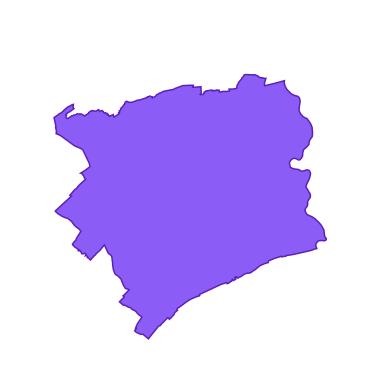 outline of Maciuca, Vâlcea, Romania, rotated 160°
{"feature_id": "2599482B93962739610645", "entity_name": "Maciuca", "entity_type": "district", "adm_level": 2, "iso_a3": "ROU", "parent_name": "Romania", "parent_adm1": "Vâlcea", "projection": "orthographic", "projection_center": [24.058, 44.753], "detail": "fine", "context": "isolated", "style": "filled", "palette": "violet", "viewbox_px": 384, "rotation_deg": 160, "n_neighbors": 0, "source": "geoboundaries", "source_scale": "gbopen_adm2", "svg_char_len": 5962}
<svg xmlns="http://www.w3.org/2000/svg" viewBox="0 0 384 384"><g transform="rotate(160 192 192)"><path d="M273.5,314.9L275.1,315.0L277.5,314.5L279.2,314.5L284.0,312.8L287.3,311.2L290.5,310.8L291.6,310.1L292.9,310.0L296.2,309.1L297.5,299.8L298.0,299.7L298.4,296.8L298.7,295.2L299.2,294.4L298.9,293.8L299.1,293.4L299.6,293.2L296.4,290.2L286.7,275.7L281.6,270.9L280.4,269.3L280.1,268.2L278.8,254.9L278.8,253.3L279.2,250.7L285.8,248.7L290.1,247.8L289.6,247.5L289.2,246.8L288.5,245.3L288.6,244.9L288.2,244.4L288.3,242.1L287.9,241.7L287.9,241.2L287.6,240.4L294.7,237.5L296.5,236.5L297.6,236.1L297.6,235.7L299.8,234.7L300.6,234.6L301.6,234.2L307.9,230.7L307.4,230.0L306.7,229.4L327.0,220.9L326.5,219.5L325.2,217.2L323.7,215.3L323.1,214.4L320.4,211.6L319.4,210.8L317.9,210.0L317.2,208.7L315.3,205.7L314.0,201.2L312.7,198.6L310.4,195.3L310.3,194.0L309.9,193.0L316.5,187.9L317.2,186.9L317.6,186.5L319.7,185.5L322.2,183.8L322.1,182.9L321.0,180.5L320.5,179.6L319.8,178.9L318.4,176.7L318.9,176.3L319.0,175.7L318.7,175.6L318.2,176.1L317.9,176.1L317.6,175.7L317.9,175.5L317.9,175.2L317.1,174.8L316.7,172.6L316.8,171.9L316.6,171.6L316.3,171.8L315.9,171.7L315.2,171.0L314.9,170.9L314.1,171.1L313.4,170.9L313.1,170.4L312.8,169.5L314.0,168.6L313.3,168.5L312.7,167.8L312.3,166.9L312.8,166.2L311.7,165.0L310.7,162.8L305.5,165.6L304.4,165.9L302.7,167.0L299.0,168.4L292.5,172.2L292.3,171.0L291.7,163.3L289.9,160.3L289.6,159.5L289.6,158.8L289.7,157.5L290.7,153.7L290.8,152.7L291.7,150.0L292.0,147.7L292.4,146.9L292.3,145.0L292.5,143.7L292.5,142.2L291.9,140.4L290.2,138.4L289.7,137.0L288.4,134.4L288.6,132.2L288.4,131.3L288.3,128.2L287.7,124.5L287.2,123.7L285.4,122.7L284.5,121.7L288.5,119.6L292.3,118.0L291.6,116.5L297.7,113.7L297.2,112.6L296.2,111.0L296.0,110.1L295.6,109.6L294.8,108.9L293.0,107.9L292.4,106.9L291.2,105.6L289.3,104.2L288.6,102.4L285.8,99.4L284.2,95.2L282.0,91.9L282.0,91.6L282.7,91.0L288.4,86.8L291.4,83.6L291.6,83.4L291.4,83.3L290.9,83.2L291.0,82.7L292.2,82.1L293.4,81.2L292.5,79.4L289.9,76.7L289.0,76.0L287.2,75.3L286.6,74.8L283.2,69.0L269.3,77.4L267.4,77.4L265.5,78.6L257.7,82.2L257.2,81.5L256.8,80.1L252.5,82.1L250.6,83.2L249.9,84.1L249.1,84.7L246.0,85.8L246.2,87.0L246.1,87.3L245.1,87.8L243.9,87.9L235.0,90.6L230.3,91.7L223.5,92.1L220.7,91.9L220.1,92.2L220.1,93.0L219.5,93.2L196.9,95.2L190.5,95.1L190.3,94.9L190.4,93.9L188.8,93.9L187.2,94.1L186.7,94.7L185.4,94.7L184.0,96.1L183.6,94.7L180.9,95.0L181.2,96.7L180.1,97.2L179.8,96.6L179.4,97.1L179.1,96.9L178.9,96.5L178.6,95.5L178.4,95.3L176.9,95.8L175.4,95.7L171.1,96.8L169.4,97.0L165.2,96.1L163.4,96.3L163.2,96.6L159.9,97.2L153.5,99.5L147.7,99.9L144.6,99.6L143.6,101.1L136.8,101.4L129.9,101.0L129.9,100.4L125.5,99.6L124.7,100.0L119.7,98.9L110.9,97.7L99.5,96.3L96.9,96.5L94.1,96.1L94.0,99.2L93.8,100.0L93.4,100.7L92.8,101.3L91.0,102.4L90.3,102.7L88.8,102.7L86.3,101.9L84.6,101.0L83.7,100.8L82.4,101.1L81.9,101.7L81.8,102.6L82.4,104.4L82.4,105.5L81.3,110.2L81.1,111.5L81.2,112.6L82.1,117.1L83.3,120.3L85.7,125.0L87.8,127.8L90.9,130.7L91.9,132.4L92.2,135.2L91.7,136.7L91.0,137.7L88.8,139.1L88.3,139.6L87.5,140.9L87.0,142.6L86.0,144.1L82.5,146.7L81.6,149.3L81.7,150.1L83.1,157.3L82.9,158.5L80.4,161.3L78.3,163.2L76.8,164.9L75.2,167.1L74.2,169.1L74.3,171.3L74.8,172.4L75.5,173.1L76.2,173.4L77.9,173.7L78.8,173.6L80.8,173.7L82.4,174.4L84.0,176.6L88.2,178.8L90.0,180.3L91.1,181.5L91.0,182.7L90.7,185.0L90.4,186.1L90.0,186.8L88.0,188.2L86.4,188.8L85.0,188.8L83.8,188.4L81.9,186.9L81.4,186.0L80.2,185.4L79.5,185.4L77.8,186.2L75.8,188.0L74.3,191.3L73.0,193.1L71.6,194.2L70.0,194.5L65.9,196.7L65.4,197.7L65.0,198.8L63.2,200.9L60.9,202.3L60.1,203.0L59.3,204.4L58.2,207.3L57.0,212.0L57.2,215.6L58.6,221.1L59.1,221.9L60.7,223.4L61.5,224.4L62.1,225.4L63.2,228.2L63.6,231.5L62.9,233.7L59.6,239.8L59.2,240.7L58.9,243.4L59.1,244.3L59.9,245.8L62.0,247.2L64.6,249.6L65.5,251.0L67.7,255.8L68.3,259.1L68.2,262.1L67.6,264.1L67.1,265.0L77.0,265.8L87.4,267.0L86.7,269.5L83.7,273.5L84.9,273.7L85.6,274.6L86.7,274.7L86.9,275.3L87.4,275.6L88.7,275.9L90.8,278.9L93.2,280.9L94.5,281.2L101.9,284.2L102.9,284.2L104.1,283.1L106.1,282.2L106.9,281.0L107.9,280.7L110.9,278.9L111.9,277.7L113.1,276.9L114.0,275.2L114.3,274.4L116.0,274.3L118.2,274.7L122.0,276.0L122.0,274.5L122.2,274.2L122.6,274.0L124.3,274.6L125.0,274.6L128.6,276.0L129.2,276.1L129.9,275.9L132.2,276.8L131.7,278.4L133.4,278.8L133.6,279.4L135.5,279.5L136.3,279.4L136.7,279.9L137.0,280.1L138.0,279.7L138.2,280.0L138.0,280.3L138.5,281.0L138.8,281.1L144.5,282.2L144.8,281.8L146.3,281.8L146.9,280.6L147.5,280.6L148.1,279.9L150.8,280.6L151.0,281.0L149.9,281.4L149.4,282.0L147.6,287.9L150.1,288.5L155.5,290.2L154.2,291.8L157.2,292.9L164.2,295.1L172.9,295.1L173.8,294.7L184.0,296.3L184.8,296.3L188.1,295.8L188.9,296.1L190.0,295.7L191.7,295.6L192.3,295.3L192.6,294.9L193.5,294.5L195.4,294.1L196.4,294.3L197.0,294.1L196.7,295.0L197.7,295.5L198.7,296.6L200.2,296.4L201.4,296.7L201.5,296.6L201.4,296.2L201.7,296.0L202.7,296.3L203.9,296.2L208.3,296.3L209.2,296.1L209.9,296.5L212.2,297.0L213.7,296.8L217.8,296.8L218.8,297.3L220.7,297.7L221.1,298.4L222.3,299.6L223.9,299.4L225.7,297.3L226.7,297.1L226.9,296.4L229.8,295.2L229.7,294.8L230.6,294.5L231.2,293.3L232.4,293.1L232.2,292.8L232.4,292.4L233.6,291.7L233.0,291.4L233.1,291.0L233.5,290.5L239.7,289.1L239.8,290.5L239.5,291.7L243.2,291.4L243.9,291.5L243.8,292.2L244.2,293.1L244.2,293.6L244.4,293.8L244.9,293.6L244.8,294.2L245.0,295.0L245.8,294.9L246.0,295.7L246.2,296.1L247.1,296.1L247.8,297.0L247.8,298.0L248.2,298.3L248.7,299.4L251.0,299.2L251.5,301.3L252.3,301.3L254.7,300.7L256.1,301.6L256.8,301.8L257.3,302.4L258.7,302.5L258.8,302.8L261.9,302.0L262.1,301.4L263.1,301.1L267.0,300.3L268.9,302.8L270.6,303.8L271.1,303.7L272.3,304.1L273.0,304.8L275.4,304.3L276.3,304.4L276.7,304.8L277.7,304.4L279.0,304.7L280.7,304.1L283.9,303.6L284.6,304.4L284.7,306.2L284.6,306.7L283.6,307.1L283.5,307.5L283.8,307.8L283.8,308.1L281.5,309.0L279.4,309.2L274.4,310.7L274.7,311.3L274.8,312.2L273.5,314.9Z" fill="#8b5cf6" stroke="#5b21b6" stroke-width="1.5"/></g></svg>